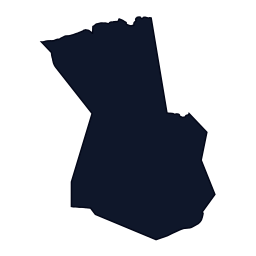 outline of Naranjito, Santa Bárbara, Honduras, rotated 271°
{"feature_id": "27666195B85306984826486", "entity_name": "Naranjito", "entity_type": "district", "adm_level": 2, "iso_a3": "HND", "parent_name": "Honduras", "parent_adm1": "Santa Bárbara", "projection": "mercator", "projection_center": [-88.571, 14.974], "detail": "fine", "context": "isolated", "style": "filled", "palette": "ink", "viewbox_px": 256, "rotation_deg": 271, "n_neighbors": 0, "source": "geoboundaries", "source_scale": "gbopen_adm2", "svg_char_len": 5087}
<svg xmlns="http://www.w3.org/2000/svg" viewBox="0 0 256 256"><g transform="rotate(271 128 128)"><path d="M97.1,201.7L125.1,206.9L143.5,188.8L143.1,188.7L142.7,188.5L142.4,188.3L142.3,188.2L142.2,188.1L142.1,187.9L142.1,187.7L142.0,187.4L141.9,187.1L141.6,186.1L141.4,185.8L141.1,185.6L140.7,185.3L140.4,185.1L140.1,184.9L139.9,184.7L139.8,184.4L139.7,183.7L139.7,183.2L139.5,182.3L140.1,180.9L140.1,180.6L140.4,180.0L140.8,179.4L141.5,179.3L142.0,179.1L142.5,178.6L142.8,177.7L142.9,176.3L142.7,175.4L142.5,174.6L142.6,173.7L143.0,173.1L143.2,172.7L143.2,171.8L143.4,170.7L143.4,168.9L143.4,168.3L143.5,167.8L143.7,166.7L143.8,166.6L144.1,166.6L238.4,149.2L238.5,148.7L238.5,148.1L238.6,147.8L238.5,147.5L238.5,147.4L238.5,147.2L238.4,147.1L238.2,146.5L238.1,146.4L238.2,146.1L238.3,145.8L238.4,145.6L238.5,145.4L238.6,145.1L238.6,144.9L238.6,144.5L238.7,144.3L238.8,144.2L238.9,143.9L238.9,143.7L239.0,143.5L239.0,143.1L239.0,142.7L239.0,142.2L238.9,142.0L238.9,141.8L238.8,141.6L238.7,141.5L238.7,141.4L238.4,141.2L238.2,141.1L238.0,140.8L237.8,140.6L237.7,140.4L237.6,140.1L237.6,139.8L237.6,139.7L237.8,139.2L238.1,138.9L238.3,138.7L238.6,138.6L238.8,138.6L239.0,138.3L239.0,138.2L239.1,137.9L239.1,137.7L239.1,137.3L239.1,136.9L239.0,136.3L238.9,135.9L238.8,135.4L238.7,135.4L238.7,135.2L238.1,134.7L237.9,134.6L237.8,134.3L237.7,134.3L237.7,134.2L237.4,134.0L237.2,133.9L236.9,133.8L236.6,133.8L236.3,133.9L236.0,134.0L235.6,134.0L235.2,134.1L235.0,133.8L234.7,133.5L234.1,132.9L233.7,132.5L233.5,132.4L233.3,132.3L233.1,132.2L232.9,132.2L232.7,132.2L232.3,132.1L232.0,132.1L231.5,132.1L231.2,132.1L230.9,132.0L230.7,131.9L230.6,131.7L230.7,131.4L230.7,131.1L230.7,130.9L230.5,130.5L230.3,129.9L230.2,129.6L230.2,129.4L230.2,129.1L230.2,128.7L230.3,128.3L230.3,128.0L230.5,127.5L231.3,125.3L231.4,125.2L231.5,125.0L231.6,124.8L231.7,124.7L231.8,124.6L232.0,124.5L232.2,124.4L232.5,124.3L232.8,124.3L233.1,124.3L233.3,124.3L233.4,124.2L233.5,124.1L233.6,123.9L233.8,123.7L234.1,122.9L234.3,122.6L234.5,122.3L234.9,121.7L235.1,121.4L235.2,121.2L235.4,120.9L236.1,119.3L236.5,118.2L236.7,117.7L236.8,117.4L236.8,117.2L236.7,117.1L236.4,117.0L235.6,116.8L235.4,116.7L235.1,116.6L234.8,116.4L234.7,116.3L234.6,116.2L234.4,116.0L234.3,115.9L234.3,115.7L234.2,115.5L234.1,115.2L234.1,114.9L234.2,114.5L234.2,114.2L234.1,113.4L234.0,112.8L234.0,112.3L233.9,111.8L233.9,111.6L233.8,111.4L233.7,111.2L233.6,110.7L233.6,110.2L233.6,109.7L233.6,109.4L233.5,109.1L233.5,108.9L233.4,108.6L233.2,108.3L233.2,108.2L233.0,107.9L232.9,107.9L232.6,107.7L232.4,107.5L232.3,107.4L232.2,107.2L232.0,106.8L232.0,106.7L232.0,106.0L232.1,105.4L232.4,104.2L232.5,103.9L232.5,103.5L232.5,103.2L232.5,102.8L232.5,102.6L232.5,102.2L232.4,102.0L232.5,100.6L232.5,99.4L232.5,99.1L231.4,94.9L231.4,94.6L231.2,94.3L231.1,94.1L230.9,93.9L230.5,93.4L230.2,93.2L229.8,92.7L229.5,92.3L229.3,92.0L229.1,91.6L228.9,91.2L226.6,91.1L224.9,91.1L223.3,90.9L222.1,90.9L222.1,90.7L222.3,90.4L223.0,89.5L224.2,87.9L224.4,87.7L224.5,87.5L224.8,87.0L224.8,86.9L224.9,86.7L225.0,86.4L225.2,84.9L225.4,83.9L225.0,82.6L224.8,82.0L224.8,81.9L224.7,81.8L224.6,81.7L224.4,81.6L224.2,81.3L223.9,80.8L223.8,80.4L223.2,79.1L222.7,77.9L222.6,77.5L222.2,76.8L222.0,76.5L221.9,76.0L221.8,75.7L221.7,75.4L221.6,75.1L221.1,73.7L220.5,72.2L220.3,71.8L220.2,71.5L220.0,70.6L219.4,68.8L219.3,68.2L219.2,67.9L219.1,67.5L219.1,67.2L219.0,66.5L219.0,65.8L218.9,64.9L218.9,64.4L218.9,64.2L218.7,63.7L218.5,63.0L217.9,62.0L217.3,60.8L216.8,59.8L216.5,59.2L216.1,58.8L216.0,58.6L215.9,58.4L215.6,57.9L215.5,57.6L215.4,57.4L215.4,57.1L215.3,56.9L215.5,56.7L215.5,56.3L215.4,56.0L215.3,55.4L215.1,55.0L215.0,54.7L214.8,54.1L214.5,53.4L214.2,52.9L214.0,52.1L213.9,51.8L213.9,51.7L213.9,51.3L213.9,51.1L213.8,50.8L213.8,50.4L213.8,50.0L213.8,49.7L213.8,49.2L213.8,48.9L213.8,48.6L213.7,47.9L213.7,47.6L213.7,46.9L213.6,46.1L213.6,45.7L213.5,45.3L213.4,44.6L213.2,44.0L213.2,43.8L213.1,43.6L213.0,43.4L212.8,42.6L212.6,41.9L212.6,41.6L212.5,41.2L212.5,40.9L212.5,40.5L212.5,40.0L202.1,50.2L199.5,50.5L198.6,50.7L197.7,50.9L197.0,51.1L196.4,51.3L195.4,51.6L194.9,51.6L194.1,51.8L192.9,52.1L191.8,52.4L190.8,52.8L189.9,53.2L189.4,53.5L188.5,54.0L186.8,55.3L141.9,91.9L73.1,72.4L48.6,72.8L48.4,74.0L48.3,74.5L48.3,74.9L48.3,75.9L48.3,76.7L48.3,77.4L48.2,78.3L48.1,79.6L48.0,80.4L48.0,81.1L48.0,81.8L48.0,83.1L48.0,84.0L47.9,84.5L47.9,85.4L47.7,86.9L47.7,87.5L47.3,92.0L41.1,96.9L16.9,158.0L21.0,169.2L22.3,171.7L23.6,174.2L24.5,176.1L25.4,178.0L27.0,181.3L27.3,182.0L27.7,182.9L28.3,184.6L28.6,185.3L28.6,185.5L28.7,186.1L29.0,188.8L29.2,190.5L29.2,190.8L29.3,191.4L29.4,191.9L29.6,192.4L29.7,192.8L29.8,193.1L30.0,193.5L30.5,194.4L31.0,195.3L32.1,197.2L32.7,198.2L33.0,198.7L33.4,199.5L33.7,199.8L34.0,200.2L34.6,200.8L35.0,201.2L35.3,201.5L35.7,201.8L36.0,202.0L36.3,202.2L36.8,202.6L37.3,202.8L37.7,203.0L38.2,203.2L39.3,203.5L40.2,203.8L41.7,204.1L42.5,204.3L43.3,204.4L43.9,204.5L44.1,204.5L44.2,204.4L44.3,204.4L44.4,204.2L44.4,203.9L44.5,203.8L45.1,203.6L45.3,203.6L63.1,216.0L97.1,201.7Z" fill="#0f172a" stroke="#020617" stroke-width="1.5"/></g></svg>